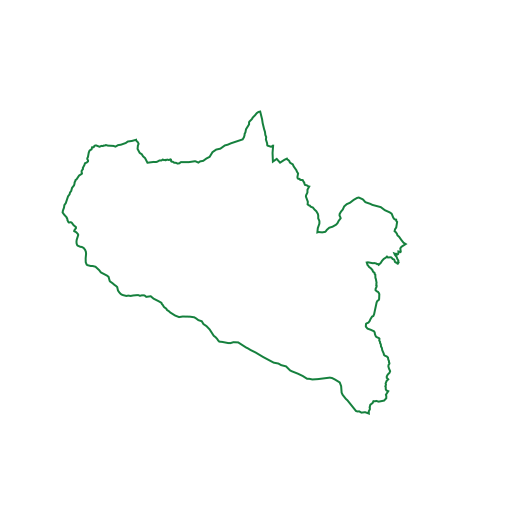 Brebu, Prahova, Romania (Albers equal-area conic projection), rotated 315°
{"feature_id": "2599482B17344347957836", "entity_name": "Brebu", "entity_type": "district", "adm_level": 2, "iso_a3": "ROU", "parent_name": "Romania", "parent_adm1": "Prahova", "projection": "albers", "projection_center": [25.796, 45.203], "detail": "fine", "context": "isolated", "style": "outline", "palette": "green", "viewbox_px": 512, "rotation_deg": 315, "n_neighbors": 0, "source": "geoboundaries", "source_scale": "gbopen_adm2", "svg_char_len": 6098}
<svg xmlns="http://www.w3.org/2000/svg" viewBox="0 0 512 512"><g transform="rotate(315 256 256)"><path d="M370.3,353.4L369.7,350.9L370.1,347.4L370.8,343.5L370.6,341.5L371.3,340.1L371.7,338.1L371.5,336.5L373.2,335.4L375.3,335.0L379.9,331.7L380.0,330.4L380.8,329.4L380.2,328.7L379.9,327.2L380.3,325.6L381.7,322.4L381.8,321.8L381.4,319.7L379.5,314.7L378.8,309.7L374.4,302.1L373.7,300.0L371.6,295.7L371.4,294.9L371.6,292.1L371.5,291.2L370.0,287.3L368.5,286.4L364.8,285.4L360.1,284.8L356.8,283.5L353.4,283.3L350.2,284.5L347.6,284.7L344.9,285.4L343.7,286.4L342.9,288.6L342.5,289.2L339.3,289.6L336.9,290.4L334.8,290.5L330.8,289.4L327.8,287.8L324.5,287.6L322.9,287.9L321.9,287.8L319.5,286.1L317.2,283.3L316.1,282.7L319.4,280.0L323.6,278.0L325.1,276.6L325.7,275.8L326.6,273.4L328.6,271.4L329.5,270.0L330.3,267.0L330.2,264.5L330.5,262.0L329.5,259.7L329.7,258.5L329.2,257.6L329.0,256.0L331.0,254.3L333.3,249.3L334.3,248.5L337.2,247.5L339.3,245.5L342.7,244.5L342.3,243.9L341.9,242.0L340.9,240.3L341.5,238.8L342.1,238.1L342.1,237.2L342.7,235.3L341.1,233.5L341.3,232.2L340.6,231.5L340.4,230.9L340.6,230.1L341.2,229.4L344.1,227.4L344.6,225.2L345.2,223.9L346.0,219.3L346.8,217.2L346.1,214.5L346.1,213.8L346.7,212.3L346.7,211.1L346.4,209.9L346.7,209.0L344.2,208.1L339.0,207.0L339.3,202.0L334.7,201.2L340.6,194.8L346.1,190.1L345.8,189.8L344.4,189.7L343.9,189.4L342.2,186.1L342.3,185.6L343.6,184.1L345.4,180.6L347.3,179.1L348.2,177.0L350.1,174.6L351.5,171.9L354.7,166.7L357.0,163.6L361.1,156.8L359.6,155.9L357.5,155.5L354.9,155.8L351.4,155.8L350.5,156.2L349.0,156.3L346.3,156.3L345.6,156.6L344.2,158.0L338.6,159.3L335.9,161.1L334.3,161.6L333.3,162.5L331.4,163.5L329.0,164.1L318.0,158.6L314.7,157.3L312.2,155.8L306.7,154.9L303.1,152.6L298.7,151.8L293.3,153.1L289.9,152.0L286.0,151.4L283.4,149.6L281.3,149.2L280.2,146.3L279.7,145.7L274.7,142.0L269.5,136.7L268.9,136.4L267.4,136.3L265.9,135.2L265.3,133.5L264.1,132.2L263.8,130.5L263.0,129.5L263.0,129.0L264.0,127.7L263.8,127.1L262.3,126.6L261.4,125.1L260.0,124.5L260.1,124.2L258.7,123.1L258.3,121.9L256.7,121.6L255.3,120.2L252.9,119.5L251.8,118.9L250.0,117.0L245.2,113.3L246.8,108.3L246.6,105.7L247.2,103.2L246.8,101.7L246.7,100.7L248.0,96.5L250.7,94.3L251.9,93.9L252.4,93.5L252.9,91.9L252.9,89.4L253.3,89.0L249.6,86.9L246.3,84.4L243.8,84.0L239.2,81.8L236.9,80.1L234.0,79.3L233.0,77.3L229.3,73.2L228.3,71.4L227.4,71.1L226.2,70.1L225.5,70.0L224.5,68.8L222.6,68.1L221.1,64.7L220.3,64.1L219.4,63.9L218.7,64.2L218.0,64.2L217.0,63.2L215.1,64.3L213.2,63.8L212.5,63.9L210.9,64.6L207.1,67.2L205.8,67.6L205.2,68.3L204.8,69.7L204.1,70.3L202.4,70.2L200.6,69.5L199.1,70.3L195.8,71.3L195.2,72.1L193.0,72.5L192.1,73.2L191.4,74.5L190.9,74.7L187.8,74.0L183.4,74.9L182.0,74.7L180.9,75.4L179.9,75.6L178.7,76.6L177.2,77.4L174.2,77.7L171.2,79.4L169.4,79.6L167.7,80.6L165.3,80.9L158.9,84.1L156.5,84.5L154.5,86.0L151.5,87.4L150.0,88.5L149.6,91.0L149.4,95.0L149.0,95.4L148.7,96.6L148.0,97.3L147.3,99.5L147.4,100.1L148.7,100.9L149.2,101.8L149.2,102.5L148.8,105.2L149.1,108.2L148.4,109.0L145.7,109.4L145.0,109.9L145.7,112.1L145.6,114.4L145.2,115.4L140.6,117.8L139.1,119.0L138.0,120.3L137.3,121.7L137.2,122.5L138.3,125.3L139.2,126.4L139.8,128.4L139.5,130.8L138.7,132.7L137.4,134.3L133.9,137.2L131.2,140.0L130.2,142.3L130.3,143.2L132.0,146.1L133.5,147.7L134.9,150.1L135.1,155.1L134.7,157.9L136.8,164.6L137.0,166.5L134.9,170.2L134.8,170.9L135.3,173.7L135.5,176.5L135.8,177.9L135.9,179.8L134.0,182.8L133.6,185.0L133.5,187.0L133.7,188.2L134.3,189.6L136.1,192.6L137.7,193.7L139.1,195.6L141.3,197.1L144.5,199.8L145.2,200.6L145.8,202.1L147.5,203.1L149.0,204.6L149.4,205.7L149.5,207.3L153.1,210.0L153.4,213.7L155.2,219.2L156.0,222.2L155.5,223.4L155.4,225.1L155.0,226.3L154.9,227.3L155.3,229.8L154.9,231.2L155.4,233.7L155.4,235.2L156.7,240.9L158.4,244.8L161.3,246.9L166.4,252.2L169.0,255.7L169.5,257.7L169.9,260.6L171.5,263.8L170.7,267.0L171.4,270.6L171.3,275.1L169.7,282.5L170.0,284.8L169.9,287.2L169.5,289.0L169.5,290.6L171.4,292.9L174.7,297.8L176.3,299.5L179.1,301.0L182.3,304.5L184.4,314.2L184.8,315.0L185.7,318.7L187.5,324.0L189.6,332.4L193.1,343.9L195.8,347.9L196.6,350.9L199.2,355.3L199.2,361.0L199.8,362.8L202.4,368.8L204.2,373.9L205.3,378.9L206.9,380.6L208.5,383.1L212.8,386.9L222.2,394.2L223.5,396.1L224.5,399.2L225.8,404.6L224.2,408.2L219.9,413.2L219.1,415.4L218.5,420.5L218.6,422.7L217.1,436.3L217.8,437.7L219.1,438.8L219.8,441.3L222.7,443.6L224.4,447.2L225.8,445.6L228.1,444.9L229.2,443.8L229.3,443.4L231.7,442.0L234.5,442.4L236.4,441.7L237.3,442.8L238.6,443.6L239.7,445.7L244.3,448.8L247.5,448.7L249.1,447.2L249.7,446.0L253.9,445.1L253.2,443.4L253.4,442.2L254.5,440.9L255.1,440.5L255.3,439.6L256.8,439.0L257.5,437.8L260.0,436.7L262.3,436.7L262.3,434.6L263.3,433.6L265.3,433.0L267.8,433.0L269.4,432.3L270.4,429.7L271.5,427.7L272.6,426.8L274.1,426.5L274.6,426.1L274.9,425.1L275.7,424.4L276.3,422.8L277.5,421.1L277.4,419.4L276.6,417.4L276.6,416.3L277.3,415.4L278.7,411.8L280.0,410.0L280.4,408.4L281.8,406.7L282.2,405.2L282.9,404.6L283.4,402.9L284.8,401.8L284.9,401.2L283.9,398.4L283.9,397.6L284.7,395.6L285.9,393.9L286.2,392.7L285.0,389.4L283.5,386.2L283.7,383.8L284.0,383.3L285.8,381.8L286.4,381.8L288.4,382.6L290.6,382.3L291.9,381.7L295.2,380.9L296.5,381.4L298.3,380.7L308.5,374.1L310.0,373.6L311.6,373.9L312.6,373.5L316.1,370.3L316.6,369.4L316.9,367.7L316.4,366.2L316.4,364.6L317.5,363.7L319.5,363.0L320.0,362.6L320.1,362.0L320.6,361.9L321.2,360.9L322.3,360.2L324.5,357.0L325.0,355.9L327.2,353.5L327.2,352.6L327.9,351.7L327.7,349.7L328.4,348.3L328.3,347.3L328.6,346.7L328.2,343.7L328.5,342.1L328.5,341.2L329.7,338.9L330.7,339.6L333.5,343.7L334.7,344.7L335.7,346.3L335.9,347.4L336.6,347.9L336.5,349.0L339.2,349.1L341.9,348.5L344.3,348.4L346.8,349.0L348.2,349.0L348.2,350.3L350.5,352.3L350.7,353.2L350.5,354.8L351.1,355.9L351.1,356.5L350.1,358.4L350.2,359.4L350.7,360.2L351.1,360.4L350.6,361.1L350.8,361.7L352.3,361.4L352.4,360.9L353.4,359.9L353.9,357.9L354.7,356.3L355.1,353.3L355.6,352.1L356.0,353.0L356.7,353.5L356.9,354.9L357.9,355.1L358.4,354.9L359.9,353.5L360.9,355.4L361.4,355.3L363.4,352.7L364.5,352.4L365.7,352.4L370.3,353.4Z" fill="none" stroke="#15803d" stroke-width="2"/></g></svg>